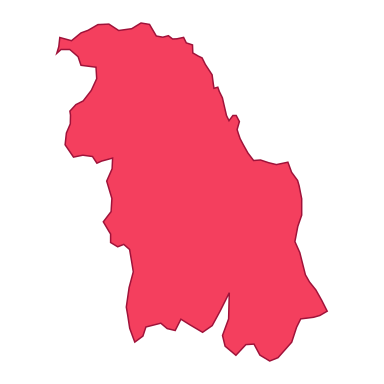 Axylou, Paphos, Cyprus
{"feature_id": "46923920B14417206276385", "entity_name": "Axylou", "entity_type": "district", "adm_level": 2, "iso_a3": "CYP", "parent_name": "Cyprus", "parent_adm1": "Paphos", "projection": "equal_earth", "projection_center": [32.554, 34.805], "detail": "fine", "context": "isolated", "style": "filled", "palette": "rose", "viewbox_px": 384, "rotation_deg": 0, "n_neighbors": 0, "source": "geoboundaries", "source_scale": "gbopen_adm2", "svg_char_len": 1569}
<svg xmlns="http://www.w3.org/2000/svg" viewBox="0 0 384 384"><path d="M69.9,111.1L70.5,115.1L70.3,123.9L66.4,133.0L65.1,144.8L73.5,157.1L82.8,155.2L92.5,156.5L96.9,163.2L101.6,161.1L112.6,158.1L112.1,168.8L106.7,181.1L111.9,198.5L111.1,211.6L103.3,221.8L109.1,231.6L110.6,234.0L110.6,242.5L117.7,246.8L123.8,244.4L129.6,249.5L131.9,263.1L133.3,271.8L129.1,287.6L126.3,307.1L127.7,315.1L129.7,328.3L133.2,337.9L134.8,342.1L142.9,336.1L145.9,327.0L160.8,323.2L167.2,328.6L175.2,330.5L180.9,319.2L189.9,324.8L202.6,332.3L212.2,325.6L220.2,310.9L229.3,292.7L228.6,318.9L222.5,335.5L225.1,346.2L235.9,355.3L245.9,344.6L254.0,344.1L259.9,355.1L269.7,361.0L278.0,357.7L291.7,342.2L296.6,327.2L300.7,318.9L313.5,317.3L319.8,315.5L326.3,311.7L327.2,311.2L321.8,300.5L315.9,290.0L309.5,282.0L305.4,274.8L299.8,252.6L294.9,241.6L297.8,226.4L301.7,215.1L301.7,198.8L299.1,185.7L297.6,180.5L291.6,172.3L287.9,162.2L276.4,164.6L268.6,162.7L260.5,160.0L253.6,160.5L247.9,153.0L243.2,144.6L240.1,138.7L238.5,134.0L237.1,129.6L239.4,121.6L236.2,115.5L232.9,115.5L229.0,120.7L226.5,115.6L223.8,104.0L222.4,97.8L219.3,91.5L217.8,87.2L214.0,88.3L213.3,83.9L212.1,74.8L205.3,64.4L202.1,57.9L198.1,56.0L192.8,52.9L192.5,44.9L186.3,42.9L183.6,37.4L176.9,38.8L172.6,39.0L168.4,35.7L162.8,37.2L156.3,36.0L149.5,24.4L141.0,23.0L131.7,28.7L118.7,30.5L108.9,24.1L97.9,24.6L88.1,30.3L81.0,32.9L71.5,40.7L59.8,37.5L58.8,46.6L56.8,53.3L61.0,49.5L69.8,49.5L78.1,56.7L81.0,65.3L96.0,67.2L96.7,78.7L91.3,90.4L83.2,100.9L75.9,104.6L69.9,111.1Z" fill="#f43f5e" stroke="#9f1239" stroke-width="1.5"/></svg>